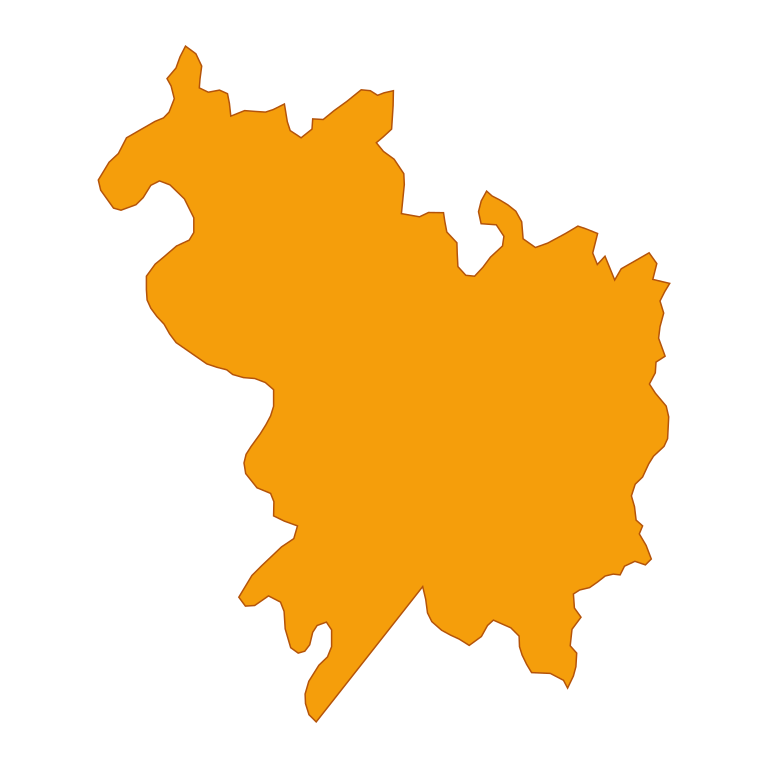 outline of Grandes Rios, Paraná, Brazil
{"feature_id": "56859067B21622143910331", "entity_name": "Grandes Rios", "entity_type": "district", "adm_level": 2, "iso_a3": "BRA", "parent_name": "Brazil", "parent_adm1": "Paraná", "projection": "equal_earth", "projection_center": [-51.453, -24.192], "detail": "fine", "context": "isolated", "style": "filled", "palette": "amber", "viewbox_px": 768, "rotation_deg": 0, "n_neighbors": 0, "source": "geoboundaries", "source_scale": "gbopen_adm2", "svg_char_len": 2836}
<svg xmlns="http://www.w3.org/2000/svg" viewBox="0 0 768 768"><path d="M167.0,78.6L171.1,86.0L174.3,98.7L169.1,112.1L163.5,117.9L155.0,121.4L126.5,137.8L118.4,153.5L109.1,162.2L98.3,180.0L100.7,190.2L113.5,208.1L121.0,210.2L136.0,204.7L143.2,197.6L150.8,185.3L159.5,180.9L170.0,184.9L179.0,193.6L184.4,198.9L193.8,217.8L193.8,232.5L189.2,240.1L176.5,246.0L163.4,257.3L155.2,264.1L146.4,276.2L146.4,289.6L147.1,300.0L150.8,308.2L156.9,316.5L164.1,324.2L169.6,333.9L176.1,342.6L206.8,363.9L217.0,367.3L226.7,369.8L232.7,374.5L243.5,377.6L254.8,378.5L265.3,382.5L273.6,389.7L273.6,406.3L270.6,415.9L266.0,424.6L260.2,433.9L251.0,446.6L246.1,454.3L244.0,463.0L245.7,473.6L257.0,487.8L270.6,493.4L273.9,501.7L273.6,515.9L284.5,521.2L297.5,525.9L293.8,538.6L281.5,546.9L261.6,565.8L251.9,575.5L238.8,597.2L245.4,606.1L254.7,605.5L268.5,595.9L280.5,602.1L284.1,611.4L285.2,628.9L290.7,647.7L298.2,653.1L304.8,651.2L309.7,644.8L312.7,632.3L317.1,625.5L326.4,622.1L331.6,629.9L331.6,646.7L327.5,656.9L318.9,665.2L308.8,681.3L305.1,694.0L305.5,703.6L309.0,714.7L316.2,721.9L422.7,586.6L425.7,599.3L427.5,612.9L431.8,621.6L441.7,630.3L450.7,635.2L459.0,639.0L469.2,645.4L481.4,636.5L487.5,625.5L493.4,620.1L501.0,623.5L510.8,627.8L519.1,636.1L519.5,646.7L522.1,655.0L526.6,664.3L531.6,672.6L550.3,673.4L563.5,680.3L567.6,688.1L573.4,676.0L575.9,666.7L576.7,653.1L570.2,645.8L572.0,629.3L581.0,617.2L574.4,608.0L573.4,594.0L579.6,590.0L589.6,587.6L597.7,581.9L605.2,576.0L613.2,574.1L620.1,574.9L624.5,566.2L634.9,561.3L645.4,564.9L651.3,559.0L646.1,545.4L639.3,533.9L642.6,525.9L636.1,520.1L634.5,506.7L631.4,495.9L635.2,484.2L642.6,477.0L648.7,463.9L653.5,456.2L664.0,446.4L667.6,438.6L668.7,416.9L666.2,406.1L655.3,393.1L649.4,384.0L655.3,372.8L656.0,362.1L665.1,356.2L658.6,338.2L660.0,326.7L663.7,313.1L660.0,301.0L664.7,291.7L669.7,283.4L652.8,279.4L656.8,263.6L649.1,252.8L621.2,268.8L614.7,280.0L605.0,256.2L597.3,264.5L592.7,253.0L595.2,243.1L597.6,233.5L586.1,228.9L577.9,226.1L565.5,233.5L547.7,243.1L535.4,247.5L523.1,238.8L521.7,221.8L515.8,211.2L507.9,204.9L499.5,199.8L492.1,196.0L486.6,191.1L481.2,201.0L478.5,211.7L481.1,223.7L496.3,224.8L503.9,236.3L502.5,246.0L490.5,257.1L482.9,267.3L474.6,276.2L465.8,275.3L457.9,266.6L457.2,253.0L456.9,242.8L446.8,232.0L444.8,221.4L443.5,212.7L428.5,212.5L419.5,216.8L401.4,213.6L404.3,184.5L403.8,173.7L394.1,159.2L383.4,151.4L376.3,142.7L383.2,136.9L391.6,129.1L393.1,105.8L393.4,90.7L384.1,92.8L377.6,95.3L370.3,90.7L361.2,89.8L346.7,101.5L334.1,110.6L323.2,119.5L312.7,118.9L312.0,129.1L301.1,137.8L290.2,130.6L287.3,121.7L284.4,104.0L273.1,109.6L265.5,112.1L256.2,111.5L244.6,110.6L230.8,116.1L229.4,103.4L227.5,93.7L219.5,90.1L208.3,92.2L199.3,87.9L200.0,79.0L201.7,66.1L195.9,53.8L185.5,46.1L180.0,56.9L176.0,68.0L167.0,78.6Z" fill="#f59e0b" stroke="#b45309" stroke-width="1.5"/></svg>